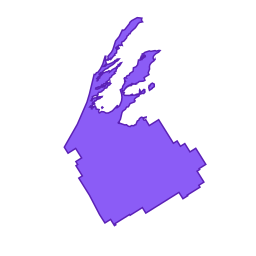 Shark Bay, Western Australia, Australia, rotated 58°
{"feature_id": "25037944B60313460254351", "entity_name": "Shark Bay", "entity_type": "district", "adm_level": 2, "iso_a3": "AUS", "parent_name": "Australia", "parent_adm1": "Western Australia", "projection": "mercator", "projection_center": [113.623, -26.392], "detail": "fine", "context": "isolated", "style": "filled", "palette": "violet", "viewbox_px": 256, "rotation_deg": 58, "n_neighbors": 0, "source": "geoboundaries", "source_scale": "gbopen_adm2", "svg_char_len": 5666}
<svg xmlns="http://www.w3.org/2000/svg" viewBox="0 0 256 256"><g transform="rotate(58 128 128)"><path d="M130.4,108.6L130.4,109.6L129.5,110.4L128.4,110.3L128.1,108.4L128.8,107.2L128.3,106.8L127.4,109.8L126.1,110.6L125.9,111.5L126.1,113.3L127.1,114.8L127.0,116.4L129.4,119.7L128.9,120.7L129.2,121.8L127.7,123.9L128.0,125.3L126.8,126.7L124.4,127.6L123.7,129.1L119.1,132.8L119.5,132.9L118.9,133.6L118.2,133.4L117.9,132.3L118.1,132.9L118.1,132.3L118.6,132.5L117.6,131.7L116.6,129.8L111.6,124.8L110.9,123.3L110.7,120.2L109.5,118.2L110.2,116.4L108.4,113.3L109.3,108.6L108.7,107.6L107.8,107.9L106.8,107.0L106.4,104.5L106.7,101.9L105.6,100.4L106.2,97.6L107.1,96.4L106.5,94.6L105.3,94.6L104.3,93.5L103.7,94.1L105.1,99.9L104.6,102.9L105.0,102.3L101.8,108.3L101.7,106.6L102.3,106.4L101.6,106.5L101.3,109.3L98.5,113.6L96.7,114.0L96.0,111.8L96.0,112.8L95.2,113.5L94.3,113.5L93.8,112.7L92.5,113.0L94.0,112.6L94.3,112.0L92.4,107.8L92.3,104.9L92.7,102.4L92.3,101.1L94.7,98.7L95.0,97.7L94.4,97.8L94.8,95.8L94.5,93.8L96.3,90.4L96.6,88.4L93.8,87.6L93.8,81.9L91.8,81.6L89.5,78.5L87.3,77.3L85.9,75.9L85.0,73.5L84.7,69.9L84.6,70.3L84.2,68.7L83.9,68.6L84.3,69.3L83.7,70.0L82.6,69.9L81.2,69.1L80.3,67.7L79.7,65.1L79.9,61.7L79.3,59.8L78.6,60.6L77.8,63.2L76.7,64.0L75.1,68.0L73.9,69.1L72.8,73.5L73.1,75.7L72.7,76.7L73.9,77.7L75.7,80.9L76.5,81.3L76.3,80.4L75.4,79.7L76.2,79.2L76.1,78.7L75.9,78.5L75.9,78.8L75.5,79.2L75.1,79.1L75.8,78.8L75.9,77.8L74.9,76.5L75.6,75.8L74.8,75.5L75.7,75.0L76.7,75.5L76.5,76.0L76.1,75.6L75.8,76.0L76.6,76.3L76.7,77.1L76.0,76.7L75.9,77.4L77.2,79.7L76.3,80.0L77.1,81.1L75.9,83.1L79.5,86.4L80.3,88.8L79.8,91.5L82.6,93.6L82.7,97.6L83.8,98.8L83.2,101.1L84.1,103.2L84.5,103.1L83.6,104.3L84.1,105.1L86.9,105.4L86.5,106.0L88.2,107.0L89.8,110.3L91.5,111.9L91.5,114.3L96.0,115.5L99.0,117.0L101.7,119.2L104.7,123.4L105.1,126.1L104.3,127.9L104.0,127.7L105.2,132.1L104.9,136.6L103.6,138.8L101.5,139.9L100.0,141.8L100.2,144.0L99.7,144.5L98.3,144.1L97.1,142.7L95.0,145.0L93.3,144.2L92.1,144.6L91.4,143.8L92.1,145.2L91.4,146.6L91.7,147.1L92.2,146.2L92.3,146.7L91.6,147.4L92.7,148.5L92.3,148.8L92.0,148.1L91.0,148.2L89.9,149.4L89.4,147.8L90.0,147.2L89.7,146.3L90.0,146.0L89.4,144.9L89.9,144.1L89.6,143.8L89.8,143.4L89.2,143.3L88.3,145.2L87.8,144.5L87.7,141.9L87.2,141.5L87.8,140.9L87.4,139.1L88.1,136.2L87.7,135.0L88.0,133.8L87.6,133.2L86.7,135.2L86.9,136.9L86.7,137.6L87.3,137.9L86.9,139.0L86.6,138.6L86.6,137.5L86.8,136.8L86.4,135.2L86.1,137.1L85.0,136.9L85.4,139.4L84.7,140.6L84.6,142.6L85.9,144.2L85.3,144.8L85.2,143.8L84.3,143.7L83.5,142.0L82.6,141.7L82.7,139.6L83.9,136.4L83.8,135.7L82.9,135.5L82.2,133.6L82.8,133.0L83.2,130.9L82.8,130.5L82.8,128.5L81.9,126.9L82.7,124.8L81.4,122.5L81.7,120.9L81.1,119.1L80.7,119.5L79.4,118.9L79.8,119.5L79.5,120.8L78.2,121.4L79.1,122.5L79.7,122.3L79.4,123.5L80.5,125.4L79.8,128.1L79.0,129.0L79.2,131.4L78.6,132.3L79.0,132.4L78.8,133.6L77.7,134.8L77.0,134.2L77.6,130.7L78.7,129.9L77.5,127.1L78.3,126.6L78.7,128.3L79.0,125.6L77.7,125.0L78.5,123.4L77.4,122.2L77.2,118.4L76.0,117.1L75.8,114.7L75.0,114.0L74.8,110.2L74.2,110.5L73.4,110.0L73.7,108.3L71.5,106.4L71.7,105.8L70.7,104.7L70.8,102.3L69.2,99.0L68.8,100.2L69.5,101.8L68.9,102.7L70.2,103.7L69.9,105.1L70.8,106.2L70.4,106.8L70.2,110.3L70.8,114.0L70.1,113.4L69.3,113.8L69.4,115.9L68.8,116.5L68.6,118.8L67.3,120.7L68.6,120.7L69.7,125.1L70.5,125.3L70.5,127.2L71.0,127.3L71.6,128.0L71.7,129.0L71.7,129.7L71.3,127.7L71.2,128.5L70.6,127.4L70.4,128.2L69.5,128.3L69.3,127.3L69.6,127.1L68.8,126.3L69.3,124.8L68.7,123.0L67.5,124.3L66.7,123.5L67.0,122.9L66.5,122.1L67.1,121.5L66.1,116.2L66.6,113.4L66.2,112.6L66.2,107.3L65.8,104.6L65.3,103.9L65.5,101.2L64.8,98.9L63.8,100.7L64.3,101.3L63.8,103.5L64.3,104.2L64.2,107.3L63.6,110.9L63.0,111.7L63.5,114.6L62.8,116.2L62.1,112.3L57.8,111.0L57.5,110.3L55.4,108.7L55.0,109.3L60.5,115.6L63.3,120.2L64.8,123.9L64.4,125.5L65.4,127.4L64.6,128.3L78.8,142.8L84.4,149.2L98.0,169.0L110.5,192.2L117.6,192.2L117.6,183.2L128.8,183.2L128.8,190.0L132.3,190.0L132.4,192.1L144.4,192.1L144.4,196.3L164.5,196.3L186.4,198.0L196.3,197.9L196.3,191.2L203.6,191.2L203.6,189.6L202.2,189.6L202.2,172.5L203.1,172.5L203.1,158.0L209.6,158.0L209.6,118.9L217.1,118.9L217.1,113.3L216.3,113.4L216.3,98.3L214.1,98.3L214.1,92.3L201.2,92.3L201.2,89.2L200.1,89.2L200.1,81.3L181.1,81.3L181.1,88.1L171.3,88.1L171.3,93.2L165.0,93.2L165.0,97.6L137.2,97.6L137.2,108.7L130.4,108.6ZM44.6,62.3L45.7,59.4L43.7,59.5L42.2,58.0L39.3,61.7L38.9,67.9L39.4,70.4L40.3,71.6L42.8,78.5L42.6,80.4L41.9,80.9L45.8,87.0L47.6,92.4L53.6,99.4L55.0,102.0L56.6,107.1L58.6,108.0L59.1,110.1L60.0,108.7L59.6,107.3L60.5,106.8L59.9,105.7L60.6,105.8L59.3,102.1L59.3,100.5L58.7,100.6L58.2,100.0L58.2,97.9L55.7,96.1L55.8,93.3L54.6,93.2L55.0,95.3L54.6,95.9L53.6,96.0L52.9,91.8L54.0,90.8L53.8,90.1L54.9,89.1L52.5,88.5L51.8,87.6L52.1,85.4L50.9,81.6L49.5,80.0L49.4,78.4L48.6,76.9L49.1,76.3L47.9,74.4L46.9,68.6L44.9,64.2L44.6,62.3ZM107.2,86.9L106.9,85.8L107.0,84.4L106.7,83.7L104.7,82.5L102.8,83.6L102.9,85.9L104.3,87.8L103.4,87.3L103.2,87.6L104.7,89.0L107.4,89.8L107.3,85.9L107.2,86.9ZM96.6,139.4L97.5,139.5L97.3,138.4L96.4,138.7L96.6,139.4ZM104.7,100.0L104.7,101.0L104.9,100.2L103.9,99.0L103.2,98.8L103.1,98.2L102.4,98.3L102.3,97.7L101.8,97.8L104.7,100.0ZM104.1,102.6L104.5,101.4L104.0,102.6L103.7,104.0L104.5,102.9L104.1,102.6ZM103.2,124.9L103.9,127.1L103.7,124.4L103.4,125.2L103.2,124.9ZM67.6,122.5L67.4,121.4L67.0,121.9L67.6,122.5ZM92.7,104.9L93.8,102.5L93.5,102.1L93.5,103.0L92.7,104.9ZM92.6,104.9L92.7,107.1L92.8,106.3L92.6,104.9ZM92.6,107.3L92.8,108.6L93.0,108.4L92.6,107.3ZM105.2,94.0L106.2,94.4L105.5,94.0L105.2,94.0ZM93.3,100.7L93.6,100.6L93.6,100.0L93.3,100.7Z" fill="#8b5cf6" stroke="#5b21b6" stroke-width="1.5"/></g></svg>